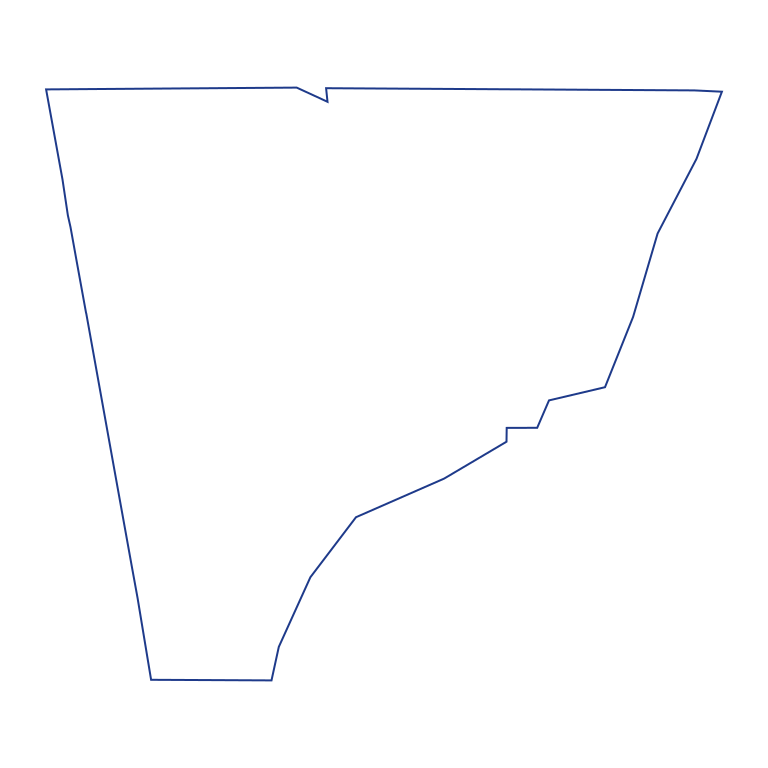 Chattooga, Georgia, United States of America (Mercator projection)
{"feature_id": "52423323B38567466550561", "entity_name": "Chattooga", "entity_type": "district", "adm_level": 2, "iso_a3": "USA", "parent_name": "United States of America", "parent_adm1": "Georgia", "projection": "mercator", "projection_center": [-85.362, 34.438], "detail": "fine", "context": "isolated", "style": "outline", "palette": "blue", "viewbox_px": 768, "rotation_deg": 0, "n_neighbors": 0, "source": "geoboundaries", "source_scale": "gbopen_adm2", "svg_char_len": 496}
<svg xmlns="http://www.w3.org/2000/svg" viewBox="0 0 768 768"><path d="M67.9,215.5L70.5,227.1L76.5,260.4L86.0,312.6L86.3,313.7L114.8,472.1L131.8,566.4L137.6,598.2L151.1,679.8L271.5,680.4L278.8,646.9L310.4,577.2L356.0,517.2L444.1,478.6L506.5,441.7L506.7,427.9L537.2,427.8L549.0,400.4L605.0,387.2L633.1,316.9L657.6,233.5L696.5,158.8L721.9,91.7L694.2,90.4L375.5,88.5L326.1,88.2L327.5,101.8L296.7,87.6L46.1,89.4L62.5,179.5L67.6,213.6L67.9,215.5Z" fill="none" stroke="#1e3a8a" stroke-width="2"/></svg>